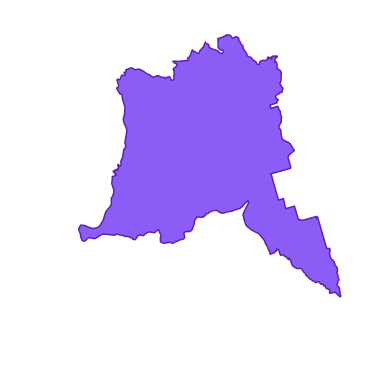 Batang Hari, Jambi, Indonesia, rotated 344°
{"feature_id": "22746128B80000441774097", "entity_name": "Batang Hari", "entity_type": "district", "adm_level": 2, "iso_a3": "IDN", "parent_name": "Indonesia", "parent_adm1": "Jambi", "projection": "robinson", "projection_center": [103.186, -1.853], "detail": "fine", "context": "isolated", "style": "filled", "palette": "violet", "viewbox_px": 384, "rotation_deg": 344, "n_neighbors": 0, "source": "geoboundaries", "source_scale": "gbopen_adm2", "svg_char_len": 5976}
<svg xmlns="http://www.w3.org/2000/svg" viewBox="0 0 384 384"><g transform="rotate(344 192 192)"><path d="M308.8,284.3L306.1,283.4L305.9,282.3L305.8,250.8L304.6,251.8L304.5,249.8L292.1,249.8L290.4,249.6L289.4,249.1L288.0,249.0L287.9,248.0L286.6,247.6L286.6,233.9L277.5,233.8L277.5,230.9L278.1,223.6L272.9,223.6L273.0,196.3L293.1,196.4L293.7,195.7L293.9,194.8L293.7,192.6L293.9,190.9L293.8,186.6L294.2,184.4L295.3,183.4L298.0,182.0L301.5,180.6L301.7,179.9L299.8,173.1L298.5,171.0L294.5,167.7L293.2,165.1L293.8,159.8L294.1,158.4L294.4,158.0L294.3,156.5L293.4,154.6L293.7,152.6L297.2,149.2L297.8,146.6L298.8,144.8L298.6,141.7L299.0,138.8L298.9,138.1L298.3,137.3L298.3,134.7L297.9,133.2L290.8,133.3L290.8,132.3L291.3,129.8L297.8,129.9L300.3,126.9L299.0,125.6L298.4,125.3L298.9,124.4L298.5,123.6L298.6,123.2L299.6,122.2L303.0,121.5L303.9,120.5L305.2,121.0L306.5,120.6L306.3,119.2L307.2,118.6L308.1,117.4L308.0,116.9L307.0,116.0L307.1,114.6L306.1,111.9L307.4,110.9L308.3,109.3L310.5,102.6L310.7,100.9L310.3,99.5L309.2,98.5L308.3,97.1L308.4,94.5L309.0,92.7L308.9,90.4L308.4,89.8L307.2,89.7L308.7,87.0L309.8,86.1L311.3,85.6L311.1,84.6L309.6,84.5L309.1,84.8L309.0,84.1L308.4,84.2L307.0,83.6L305.6,84.1L305.8,84.9L305.3,85.9L305.0,84.7L304.2,84.8L303.9,85.2L303.2,83.7L302.9,83.6L302.7,84.0L302.6,83.4L302.3,83.3L301.7,83.6L301.3,84.6L300.4,85.6L299.4,85.5L299.3,85.9L298.1,85.9L296.9,85.0L294.5,84.9L293.1,85.6L292.0,87.6L291.3,87.9L290.1,87.4L289.5,85.2L288.2,82.9L287.1,82.2L285.9,78.9L284.4,78.1L282.6,76.4L282.8,74.2L280.8,68.4L281.2,65.3L280.0,64.0L279.8,61.3L278.6,59.3L279.3,58.0L279.1,56.6L277.2,54.8L275.3,55.1L274.1,55.6L272.9,54.7L272.5,52.9L271.6,51.6L270.5,51.0L269.5,51.0L268.4,50.4L268.2,50.4L267.7,51.2L266.2,51.1L263.5,51.7L259.6,51.6L259.0,52.1L258.0,57.1L257.0,59.6L257.1,60.5L257.3,61.3L258.2,62.7L259.4,63.9L260.8,64.3L261.1,65.0L260.9,66.1L259.0,67.0L257.9,66.9L257.0,65.8L255.6,63.3L252.8,61.4L248.9,58.4L248.4,57.2L248.7,56.3L248.5,54.7L245.9,52.3L245.9,52.0L243.3,55.3L238.4,58.5L237.2,60.2L236.5,60.7L235.3,60.0L233.6,57.9L231.9,57.2L231.8,55.7L231.2,55.7L229.9,57.3L228.9,59.1L226.7,61.5L225.1,61.8L224.7,62.2L224.5,62.5L224.5,63.9L224.1,64.4L214.5,62.6L211.1,61.3L209.7,61.3L210.7,63.2L212.3,64.2L212.6,64.8L212.5,65.7L211.2,67.2L208.3,68.1L207.8,69.0L208.2,70.9L207.6,72.5L207.6,73.9L206.7,74.7L205.7,78.8L204.6,79.2L203.6,79.1L202.8,78.0L202.5,75.5L201.9,74.9L200.1,74.8L197.8,75.6L197.5,75.2L197.4,74.3L194.1,73.2L192.0,71.1L190.3,70.5L187.9,71.2L185.3,70.2L184.7,69.6L183.5,67.5L181.5,66.2L178.1,61.9L176.5,60.7L175.3,59.3L171.9,58.9L170.3,58.3L168.3,56.0L166.4,55.9L162.0,56.4L162.0,58.0L161.1,58.6L159.8,58.2L159.5,58.9L160.3,60.4L160.1,61.1L159.6,61.5L157.0,60.4L156.3,60.6L154.8,63.0L153.8,63.9L153.1,63.9L151.7,63.1L150.8,63.6L150.8,69.6L149.9,70.9L148.6,71.1L148.2,71.8L149.5,77.2L150.0,78.0L150.9,78.5L151.4,79.3L150.9,83.6L150.9,92.3L148.3,99.2L146.4,102.2L145.8,103.8L145.8,108.6L146.2,109.7L146.5,114.8L141.0,126.3L141.1,128.7L140.7,130.2L140.0,131.2L138.0,132.5L134.9,139.5L132.8,141.9L132.6,142.6L131.8,143.1L131.9,144.8L130.8,146.7L129.8,147.5L129.6,147.4L129.4,146.5L128.7,146.3L128.8,145.3L128.2,145.3L127.9,146.0L128.3,147.9L127.2,149.2L127.1,150.2L126.8,150.2L126.4,149.5L125.7,150.3L125.0,149.6L124.3,150.5L123.7,149.9L122.0,150.2L121.9,150.8L123.5,152.6L123.8,154.1L123.0,153.4L122.7,154.8L122.1,155.4L120.0,155.1L119.3,155.7L119.3,156.8L117.2,161.6L117.4,167.7L117.1,169.7L116.6,171.1L114.9,173.6L112.6,176.1L111.4,180.7L110.1,182.8L104.1,186.9L102.3,189.2L99.4,194.0L94.9,198.4L91.9,200.0L88.7,200.1L86.5,199.7L83.7,198.0L80.1,195.0L77.1,193.5L75.8,193.2L73.2,195.7L72.7,197.0L73.2,202.4L72.8,203.0L72.7,204.6L73.1,208.6L75.0,209.6L76.4,209.4L78.7,207.8L80.7,207.6L84.8,209.7L86.3,210.1L93.1,208.0L95.4,208.2L97.5,208.8L105.6,212.2L107.0,211.7L108.5,212.1L113.9,214.9L115.3,216.3L117.2,216.7L119.6,217.9L120.0,218.6L121.7,219.7L122.0,221.0L123.3,221.9L124.2,222.0L125.6,221.3L127.2,219.7L128.5,219.0L129.4,218.9L131.4,219.5L132.9,220.5L133.9,220.3L135.5,219.3L139.6,218.5L144.4,220.7L145.6,220.5L148.8,219.0L149.3,219.1L149.6,219.8L149.7,222.2L150.3,224.6L150.1,226.0L149.0,227.0L148.0,231.2L150.8,233.7L155.9,234.0L159.7,236.0L162.8,235.1L164.4,235.4L166.5,234.7L170.4,234.9L171.2,234.7L172.4,233.7L173.0,229.0L173.6,228.3L174.9,228.7L177.1,228.3L177.6,229.2L179.9,229.3L181.5,228.4L185.3,223.3L186.2,220.7L189.8,217.4L195.3,219.2L198.5,218.2L198.7,217.3L199.7,216.8L201.3,217.2L202.5,216.5L205.3,215.8L207.7,215.7L210.8,216.6L213.3,219.5L214.5,220.4L215.6,220.7L217.3,221.0L220.0,220.8L225.5,221.4L227.9,221.0L233.8,220.9L235.7,220.2L239.2,217.8L243.4,215.8L243.5,217.5L242.9,218.5L235.5,226.6L234.8,228.1L234.5,232.5L234.7,238.1L235.5,240.3L238.5,244.6L244.8,250.6L247.3,256.1L248.3,258.9L248.5,262.2L249.6,265.9L249.4,267.6L250.1,270.3L250.0,273.3L254.0,273.2L256.1,272.0L257.0,272.1L257.8,270.3L259.1,271.0L259.5,272.4L259.4,275.9L259.8,277.1L260.4,277.5L260.9,277.0L262.7,277.8L263.2,279.2L264.2,279.9L266.2,283.6L266.5,283.7L266.9,282.3L267.4,282.5L267.4,283.3L268.2,285.2L267.7,286.2L267.9,286.4L268.1,289.6L268.8,291.3L271.4,294.2L272.8,294.9L275.2,295.3L275.9,295.8L277.2,299.7L278.2,300.9L278.6,303.5L279.0,303.7L279.2,304.5L279.9,304.8L280.4,306.6L281.3,308.0L282.7,309.3L283.2,310.6L284.7,311.3L285.8,313.2L288.5,313.0L289.3,313.3L289.8,314.8L290.8,316.4L292.5,316.6L292.8,317.4L292.8,318.6L293.7,318.7L294.3,319.4L294.1,320.5L294.5,321.6L294.9,322.2L296.4,322.8L297.0,323.8L297.2,324.9L296.6,326.4L296.6,327.1L297.3,327.5L298.9,327.3L299.6,327.8L302.0,327.7L305.0,333.0L305.8,333.6L306.5,332.9L306.5,332.2L305.8,330.8L306.8,329.8L306.3,328.7L306.8,327.8L307.2,325.0L306.9,323.8L305.9,322.0L305.8,321.4L305.9,320.9L306.9,320.0L307.4,318.1L308.6,317.5L309.2,316.8L308.9,313.8L309.4,311.9L308.8,310.1L309.3,309.1L309.9,308.6L310.6,305.1L310.5,303.7L309.2,301.8L309.5,300.4L309.1,297.1L308.1,295.9L307.5,294.7L307.0,292.2L307.5,288.0L308.7,286.2L308.8,284.3Z" fill="#8b5cf6" stroke="#5b21b6" stroke-width="1.5"/></g></svg>